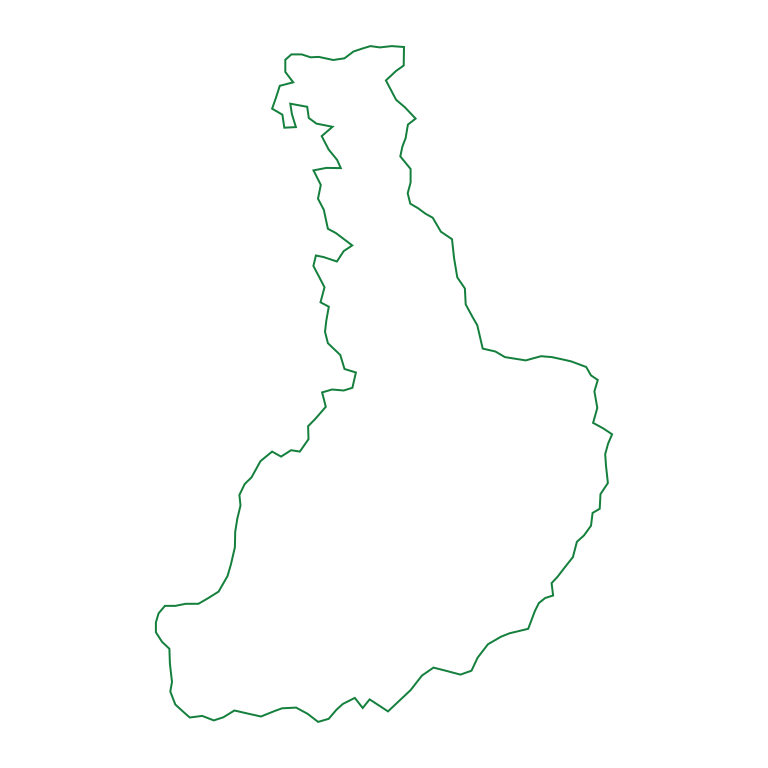 outline of Enéas Marques, Paraná, Brazil
{"feature_id": "56859067B67045600360452", "entity_name": "Enéas Marques", "entity_type": "district", "adm_level": 2, "iso_a3": "BRA", "parent_name": "Brazil", "parent_adm1": "Paraná", "projection": "natural_earth1", "projection_center": [-53.161, -25.883], "detail": "fine", "context": "isolated", "style": "outline", "palette": "green", "viewbox_px": 768, "rotation_deg": 0, "n_neighbors": 0, "source": "geoboundaries", "source_scale": "gbopen_adm2", "svg_char_len": 2301}
<svg xmlns="http://www.w3.org/2000/svg" viewBox="0 0 768 768"><path d="M404.0,47.0L391.6,46.1L380.0,47.4L370.4,46.1L362.2,48.6L353.5,51.5L344.5,58.3L333.2,60.0L318.8,56.9L310.6,57.3L301.7,54.4L291.4,54.4L285.3,59.8L285.3,71.9L293.2,82.3L279.8,85.8L275.8,98.2L272.1,108.7L282.4,114.7L284.3,127.7L295.9,127.1L291.9,114.1L290.3,103.7L307.2,106.8L308.8,118.0L316.4,123.6L332.5,126.8L321.7,136.1L328.7,149.6L337.1,159.9L340.8,168.1L326.3,167.9L313.5,170.4L320.8,184.9L318.0,198.7L323.8,209.8L327.9,228.8L335.8,233.0L352.2,245.4L343.7,251.1L336.9,261.5L323.7,257.1L315.9,255.5L313.4,266.0L319.2,277.0L324.5,287.3L320.5,302.3L328.8,306.7L326.3,320.7L325.0,331.7L327.9,343.2L340.3,355.0L344.5,369.0L355.9,372.5L352.4,387.8L343.7,390.5L332.1,389.5L322.1,392.4L325.8,406.8L315.0,419.2L308.1,426.2L308.5,439.2L299.8,451.6L291.1,450.2L281.1,456.6L272.1,451.6L260.5,461.1L251.5,477.4L244.7,484.0L239.4,495.0L240.5,505.5L237.3,518.7L235.2,531.9L234.9,547.2L231.0,564.1L227.5,576.1L218.6,591.6L208.4,598.0L198.4,603.8L185.6,603.8L175.2,605.9L164.9,605.9L158.6,613.3L155.9,622.4L155.9,632.3L162.0,641.8L169.4,648.8L169.9,663.5L172.0,682.0L170.3,691.5L175.3,704.5L183.5,712.0L189.8,717.5L202.2,715.9L213.8,720.4L223.3,717.3L234.4,710.5L249.7,714.0L261.0,716.5L274.9,710.9L282.1,708.3L296.1,707.6L307.6,713.8L318.1,721.9L328.7,718.8L336.3,709.9L342.9,703.9L354.8,697.9L362.7,708.0L369.6,699.4L380.4,706.4L388.0,711.4L410.6,690.1L421.9,675.6L433.5,667.6L444.9,670.5L460.4,674.6L471.5,670.7L477.6,657.7L487.9,644.3L500.8,636.8L509.5,633.3L528.2,628.8L534.9,611.0L538.9,603.0L545.2,598.0L553.1,595.5L551.6,583.1L557.6,576.7L564.2,568.1L572.9,557.1L576.9,541.8L584.0,535.4L591.0,525.7L592.6,512.9L599.7,508.8L600.5,494.1L607.9,483.0L606.0,465.9L605.2,454.1L608.1,443.6L612.1,434.3L603.1,428.3L593.1,422.9L597.3,407.9L594.4,391.3L597.8,380.0L591.0,375.4L586.2,367.0L571.2,361.4L563.8,359.7L551.8,357.1L541.0,356.2L525.7,360.4L504.9,357.1L495.4,351.5L482.7,348.6L477.3,325.3L472.3,316.6L465.7,304.4L464.9,288.5L457.3,277.4L454.1,258.4L452.0,239.2L440.9,231.7L432.7,217.7L425.6,213.8L418.0,208.2L410.3,203.7L407.7,193.3L410.6,182.4L410.6,169.0L400.3,156.4L402.4,146.5L405.6,138.2L407.9,124.6L415.6,118.6L404.8,107.2L396.1,99.8L385.9,80.4L396.1,70.9L403.7,65.5L404.0,47.0Z" fill="none" stroke="#15803d" stroke-width="2"/></svg>